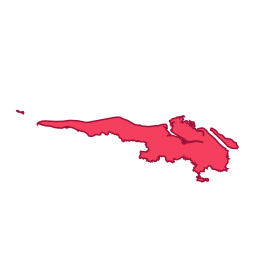 Cox's Bazar, Chittagong, Bangladesh (Robinson projection), rotated 116°
{"feature_id": "16705992B34517682786426", "entity_name": "Cox's Bazar", "entity_type": "district", "adm_level": 2, "iso_a3": "BGD", "parent_name": "Bangladesh", "parent_adm1": "Chittagong", "projection": "robinson", "projection_center": [92.099, 21.257], "detail": "fine", "context": "isolated", "style": "filled", "palette": "rose", "viewbox_px": 256, "rotation_deg": 116, "n_neighbors": 0, "source": "geoboundaries", "source_scale": "gbopen_adm2", "svg_char_len": 5725}
<svg xmlns="http://www.w3.org/2000/svg" viewBox="0 0 256 256"><g transform="rotate(116 128 128)"><path d="M123.7,24.0L123.3,20.5L122.7,20.8L122.4,21.4L120.9,20.5L121.3,22.3L120.6,22.6L120.4,23.7L120.0,23.3L117.2,23.9L116.5,23.3L115.2,23.1L113.5,24.1L112.5,24.2L111.4,23.6L111.2,24.8L110.6,25.6L111.2,26.0L110.5,27.0L109.5,26.9L109.8,25.9L109.4,25.6L108.5,27.0L107.6,26.8L106.8,27.9L105.3,27.8L104.5,28.3L104.9,30.6L104.4,31.1L103.7,31.1L103.5,34.0L102.6,37.8L99.4,45.7L97.4,53.5L95.7,56.6L95.7,57.6L95.2,59.2L95.4,61.4L96.3,62.1L96.3,62.7L98.2,64.9L98.9,65.1L99.7,64.8L99.8,64.1L98.3,60.8L98.4,58.8L99.4,57.6L102.1,56.8L99.1,58.2L98.6,59.2L98.7,61.0L100.2,63.8L100.3,65.5L99.4,67.3L99.5,68.6L98.9,67.9L98.6,68.9L97.5,69.3L97.0,70.3L97.1,71.9L96.5,73.5L97.0,74.0L98.0,72.2L98.4,72.2L99.1,70.1L98.5,72.9L98.9,73.2L98.9,73.7L97.9,74.3L97.5,75.2L97.3,76.5L97.8,76.9L96.0,76.8L95.7,78.1L96.5,79.4L97.2,79.1L97.4,80.1L100.1,81.5L99.2,81.5L99.3,82.5L98.9,82.1L97.8,82.1L97.6,82.4L96.0,81.9L94.5,83.9L95.0,84.8L96.5,85.5L96.0,85.9L94.8,85.2L96.2,87.9L96.7,87.9L96.9,88.7L97.5,88.8L100.3,92.1L102.7,93.1L103.4,92.4L102.9,93.5L103.2,93.8L103.7,93.7L104.8,91.4L105.7,91.7L106.6,90.7L104.1,90.5L101.8,88.5L104.4,90.3L105.0,89.9L106.9,90.2L107.1,89.4L106.7,88.4L108.8,88.3L112.1,87.3L112.8,81.7L113.2,73.4L113.9,70.2L113.8,72.3L114.4,71.9L114.3,70.6L113.0,65.7L109.8,61.6L107.9,55.0L108.0,54.0L110.2,61.5L112.4,63.8L114.5,67.3L115.0,67.6L116.6,70.6L116.7,71.9L116.4,72.7L117.5,72.5L117.9,71.9L116.8,69.1L118.1,71.6L117.7,72.6L115.5,73.7L114.2,77.6L115.4,85.8L116.0,86.0L116.6,86.9L116.6,88.7L117.5,88.7L118.2,89.2L116.3,88.7L116.5,87.5L115.6,86.3L112.5,93.0L111.7,93.1L111.8,93.9L111.1,95.6L111.0,95.1L111.5,93.6L111.1,92.7L108.7,94.2L108.2,95.4L109.3,98.1L112.9,102.1L113.7,103.8L117.7,110.1L120.2,116.5L120.2,118.7L121.1,119.5L120.9,119.8L122.0,123.3L121.4,131.7L122.0,136.7L121.8,139.7L123.6,143.6L140.3,166.2L141.6,168.7L143.5,176.1L146.6,183.5L150.2,188.9L153.6,195.3L158.1,205.7L159.6,208.3L161.6,210.4L163.4,211.4L164.2,211.4L164.5,210.9L163.8,211.1L162.9,210.3L163.2,209.8L163.1,208.5L162.5,208.1L162.9,207.1L162.1,203.1L160.4,198.7L159.6,193.7L157.5,188.2L157.1,187.3L154.5,184.9L153.0,182.5L151.9,177.1L152.1,173.0L151.4,170.7L151.3,167.9L150.4,165.4L151.3,161.4L152.1,160.4L152.3,159.5L151.4,156.8L147.9,153.9L146.6,150.2L145.7,149.7L144.2,150.3L143.3,149.4L142.9,147.0L143.7,145.3L143.1,143.5L142.2,143.2L140.5,143.9L139.9,143.7L139.4,140.3L139.9,139.8L139.2,138.9L139.7,137.4L139.2,137.1L139.1,136.1L138.7,135.6L139.0,134.9L138.4,134.7L138.8,134.3L138.5,133.9L139.1,132.7L140.4,131.6L140.7,128.7L142.0,127.6L141.8,126.7L142.2,126.5L141.9,125.7L140.7,126.0L140.4,125.7L140.6,125.0L139.9,124.0L140.1,123.5L139.3,122.9L139.2,121.3L138.7,121.3L137.3,119.1L137.2,117.8L136.5,117.6L136.2,114.1L135.6,113.0L135.3,113.3L134.8,110.3L133.6,108.2L133.3,105.5L133.0,104.9L134.4,104.4L134.9,105.1L135.3,105.0L135.7,104.0L137.1,103.0L136.8,102.4L137.0,101.0L138.2,99.8L138.7,100.2L140.3,99.9L140.8,101.1L141.5,100.7L142.6,104.0L143.1,104.5L143.0,105.4L143.5,106.5L145.2,105.8L146.0,104.9L148.2,105.3L149.8,104.5L149.8,103.6L148.5,102.7L149.1,100.8L147.9,100.2L147.8,98.5L147.3,97.5L148.1,97.3L148.1,96.4L149.1,96.6L148.6,95.8L148.9,95.2L148.5,94.2L148.6,92.8L147.8,92.3L147.7,91.7L147.0,92.3L146.6,91.5L146.3,91.6L146.4,89.7L145.6,89.1L145.6,88.3L144.3,87.9L143.6,88.3L143.4,86.6L142.3,86.4L142.0,87.0L141.3,87.2L141.3,88.7L140.8,87.7L140.8,86.9L139.7,87.7L138.9,86.6L139.1,85.6L137.6,83.5L137.5,82.2L138.5,81.0L140.1,80.0L141.1,77.8L140.2,77.2L139.3,75.3L139.4,74.9L138.9,74.7L139.5,74.0L139.5,72.7L138.7,71.9L137.9,71.8L137.6,72.5L135.9,73.4L135.8,72.8L135.1,72.6L135.5,71.5L134.9,69.8L133.3,68.7L132.7,67.7L131.0,67.3L130.3,66.1L129.1,65.6L131.3,64.5L131.1,63.7L129.5,63.3L130.3,62.9L130.4,62.1L131.0,62.1L130.2,60.9L129.3,60.9L129.7,60.5L129.4,59.1L128.2,58.5L129.8,57.2L129.5,56.3L129.9,55.8L130.5,55.4L131.3,55.7L131.1,54.7L130.2,53.5L131.5,54.0L131.9,53.7L131.4,52.2L130.6,51.6L131.0,51.0L132.3,51.3L131.5,50.0L134.7,50.7L134.8,51.3L135.7,50.8L137.4,51.0L137.9,50.4L137.0,49.3L137.8,46.6L137.8,45.4L138.5,44.8L138.8,43.9L139.8,43.3L139.9,42.2L140.5,42.2L140.6,43.9L141.6,44.7L142.1,44.6L142.4,42.9L143.0,42.7L143.8,43.2L144.9,42.8L143.7,39.7L144.0,38.2L142.7,36.4L142.0,36.5L141.8,37.2L141.4,37.4L141.1,35.8L140.3,34.9L140.8,35.2L141.1,34.1L140.5,32.8L138.8,33.2L139.0,33.8L138.7,34.0L139.2,35.5L140.4,37.0L140.5,39.7L141.1,40.2L141.9,44.2L140.8,43.9L140.8,42.2L140.2,41.8L139.7,42.2L139.6,43.2L138.6,43.7L138.4,44.6L137.3,43.7L136.5,44.2L135.3,43.8L133.6,40.5L132.6,41.4L130.7,41.3L130.4,41.7L129.7,40.4L129.7,39.1L128.9,39.5L126.6,38.9L126.0,37.7L126.6,36.7L126.2,36.3L126.7,35.3L127.5,35.1L127.9,34.0L126.8,31.1L127.2,30.4L126.7,28.7L127.0,28.1L126.4,28.1L126.5,26.0L125.9,25.9L126.0,25.3L125.3,25.0L124.9,24.0L123.7,24.0ZM97.2,20.6L96.4,21.2L95.4,23.2L93.9,24.4L94.1,27.5L93.4,28.3L93.1,31.0L94.7,36.0L93.3,39.7L93.7,44.4L92.1,46.9L91.5,49.7L91.5,52.9L92.1,53.2L93.8,52.7L93.7,50.1L94.5,49.3L98.2,37.0L100.6,30.7L100.8,26.9L100.4,25.0L98.6,20.9L97.2,20.6ZM95.8,75.0L96.6,69.1L93.9,71.1L94.3,72.9L94.8,73.1L94.5,75.7L95.8,75.0ZM161.0,228.3L159.8,228.6L159.3,229.5L160.7,231.1L161.0,233.4L160.6,234.0L160.7,234.9L161.0,235.5L161.5,235.5L161.7,233.9L160.9,231.2L161.0,228.3ZM155.4,184.9L154.4,182.3L153.4,181.5L153.3,182.0L153.7,182.9L155.4,184.9ZM116.1,72.5L116.5,70.9L115.4,68.9L116.1,72.5ZM114.2,73.7L115.1,72.6L114.8,71.5L114.2,72.5L114.2,73.7ZM93.2,84.4L93.2,82.6L93.1,82.4L92.7,83.2L93.2,84.4ZM152.5,172.4L152.5,171.4L152.2,170.6L152.1,171.5L152.5,172.4ZM111.3,88.5L111.4,88.0L110.5,88.2L110.8,88.6L111.3,88.5ZM94.5,85.1L94.5,84.7L94.0,84.1L93.9,84.8L94.5,85.1Z" fill="#f43f5e" stroke="#9f1239" stroke-width="1.5"/></g></svg>